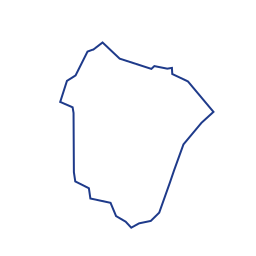 the district of Mongmong-Toto-Maite, Guam, rotated 47°
{"feature_id": "77769853B46824849398692", "entity_name": "Mongmong-Toto-Maite", "entity_type": "district", "adm_level": 2, "iso_a3": "GUM", "parent_name": "Guam", "parent_adm1": "", "projection": "robinson", "projection_center": [144.772, 13.471], "detail": "fine", "context": "isolated", "style": "outline", "palette": "blue", "viewbox_px": 256, "rotation_deg": 47, "n_neighbors": 0, "source": "geoboundaries", "source_scale": "gbopen_adm2", "svg_char_len": 549}
<svg xmlns="http://www.w3.org/2000/svg" viewBox="0 0 256 256"><g transform="rotate(47 128 128)"><path d="M174.5,54.5L134.8,52.4L118.7,58.8L114.0,54.9L111.4,58.8L104.2,64.0L100.7,66.5L100.7,70.6L71.6,86.8L48.1,88.3L47.0,99.9L46.5,100.7L44.5,105.5L53.8,130.5L51.9,140.5L62.7,159.8L75.1,154.4L79.9,157.6L123.4,197.7L131.1,203.0L145.4,197.7L153.9,203.6L170.8,191.8L184.3,196.8L194.9,193.6L203.1,193.6L205.3,184.9L211.5,174.7L211.2,162.9L196.4,134.4L190.4,123.2L177.8,98.6L174.3,70.6L174.5,54.5Z" fill="none" stroke="#1e3a8a" stroke-width="2"/></g></svg>